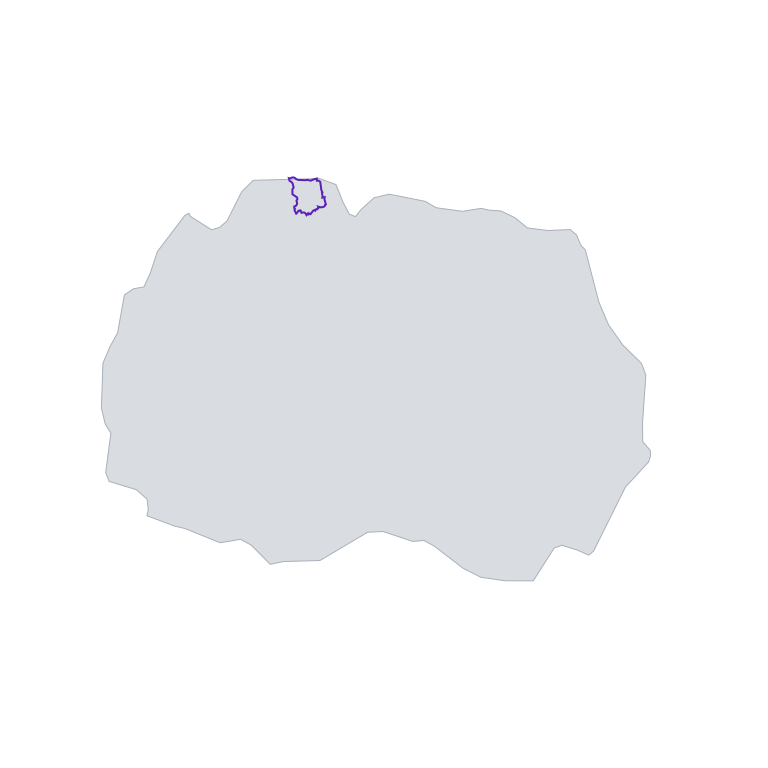 location of Teartse, Tearce, North Macedonia, rotated 24°
{"feature_id": "65306769B20870628535314", "entity_name": "Teartse", "entity_type": "district", "adm_level": 2, "iso_a3": "MKD", "parent_name": "North Macedonia", "parent_adm1": "Tearce", "projection": "albers", "projection_center": [21.037, 42.097], "detail": "fine", "context": "in_parent", "style": "outline", "palette": "violet", "viewbox_px": 768, "rotation_deg": 24, "n_neighbors": 0, "source": "geoboundaries", "source_scale": "gbopen_adm2", "svg_char_len": 2183}
<svg xmlns="http://www.w3.org/2000/svg" viewBox="0 0 768 768"><g transform="rotate(24 384 384)"><path d="M348.1,200.4L359.9,201.8L385.5,194.3L401.4,184.0L409.5,182.4L420.3,178.4L435.8,178.8L451.6,183.1L471.6,177.0L491.2,167.2L499.1,169.5L507.7,177.4L513.4,179.6L546.8,221.6L565.0,238.6L586.4,251.3L610.8,260.4L619.6,269.4L636.0,314.4L643.8,331.4L654.2,336.3L656.8,341.2L657.4,347.7L646.5,379.9L643.4,451.4L640.6,457.1L628.4,457.1L612.3,458.9L606.2,464.6L600.4,503.1L574.5,514.6L550.9,521.2L530.9,520.1L495.6,511.6L484.1,510.7L474.3,516.1L443.0,519.2L429.3,526.1L397.3,571.3L364.5,587.0L353.4,595.0L328.2,585.2L316.2,584.2L298.8,595.7L260.7,597.0L250.4,599.0L221.0,600.8L219.8,594.6L214.3,585.5L200.6,581.3L172.6,584.8L165.8,578.2L154.5,540.0L145.5,533.8L135.6,520.9L118.8,479.4L118.5,461.2L119.8,445.4L110.6,408.2L116.5,398.8L125.2,393.0L125.4,378.0L123.1,355.2L133.6,310.7L136.4,307.4L139.0,309.6L163.8,313.3L170.2,307.6L174.3,298.8L175.8,266.2L181.7,251.1L241.6,222.5L259.1,221.4L272.6,234.6L283.3,243.0L289.8,242.7L292.0,234.2L299.2,217.9L311.5,208.5L347.7,200.3L348.1,200.4Z" fill="#d9dde1" stroke="#a8b0b8" stroke-width="1"/><path d="M257.5,245.0L257.3,244.4L257.9,243.6L254.4,239.4L253.8,237.4L251.8,238.8L251.4,237.2L249.5,234.6L249.8,233.9L248.0,232.5L243.5,225.2L241.7,224.8L240.0,225.6L239.0,223.6L238.4,224.2L237.7,224.7L236.9,225.4L236.0,226.2L234.7,227.7L234.6,227.9L234.1,228.1L232.7,228.4L232.4,228.5L231.2,228.6L230.3,229.1L229.5,229.7L228.8,230.0L227.8,230.4L225.7,231.2L224.7,231.6L222.4,232.5L221.8,232.5L220.4,232.5L219.2,232.1L218.6,232.0L217.3,232.1L216.2,232.7L214.8,233.9L213.8,234.8L213.5,234.8L215.0,236.8L217.4,237.1L219.1,238.1L221.6,241.4L221.1,243.3L223.2,247.9L228.7,248.9L229.7,250.4L229.4,252.0L231.2,254.3L231.3,256.6L229.8,258.4L230.1,259.2L231.3,260.1L231.0,260.4L231.8,261.9L234.5,264.1L234.8,263.6L235.4,260.5L236.7,259.6L237.0,260.0L237.4,259.6L239.0,261.2L241.0,259.8L242.9,260.0L244.5,261.3L245.2,259.0L246.1,259.7L246.8,258.5L247.8,258.7L248.8,254.5L249.7,253.4L250.6,253.7L251.0,251.8L251.7,251.7L252.5,250.2L251.9,249.5L252.8,248.8L252.4,248.6L254.8,248.2L257.3,246.2L257.5,245.0Z" fill="none" stroke="#5b21b6" stroke-width="2"/></g></svg>